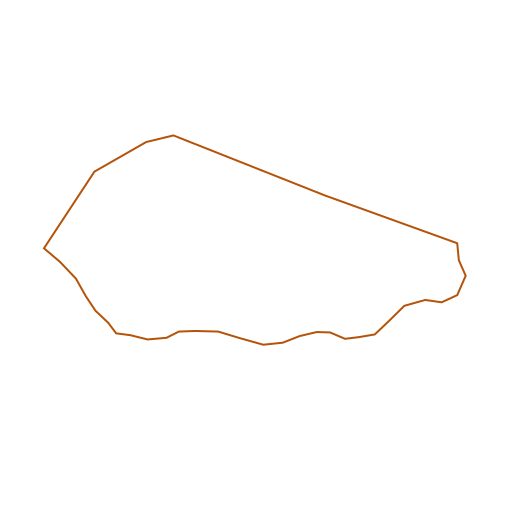 Montadas, Paraíba, Brazil (Mercator projection), rotated 11°
{"feature_id": "56859067B50047647998901", "entity_name": "Montadas", "entity_type": "district", "adm_level": 2, "iso_a3": "BRA", "parent_name": "Brazil", "parent_adm1": "Paraíba", "projection": "mercator", "projection_center": [-35.939, -7.09], "detail": "fine", "context": "isolated", "style": "outline", "palette": "amber", "viewbox_px": 512, "rotation_deg": 11, "n_neighbors": 0, "source": "geoboundaries", "source_scale": "gbopen_adm2", "svg_char_len": 580}
<svg xmlns="http://www.w3.org/2000/svg" viewBox="0 0 512 512"><g transform="rotate(11 256 256)"><path d="M126.4,165.1L81.3,204.0L46.4,288.9L64.6,299.1L83.6,312.6L96.4,327.7L108.8,340.3L123.6,349.7L133.5,358.6L147.7,357.7L165.5,358.6L183.7,353.4L194.7,344.9L210.6,341.2L233.3,337.4L255.7,339.7L280.1,341.7L298.8,336.0L314.1,326.3L330.0,319.1L343.3,316.9L359.2,320.3L372.5,316.0L387.6,310.3L399.2,294.0L411.1,276.6L430.4,266.9L447.1,266.0L461.0,256.0L465.6,235.4L455.9,221.4L451.1,205.1L311.9,183.4L151.9,153.4L126.4,165.1Z" fill="none" stroke="#b45309" stroke-width="2"/></g></svg>